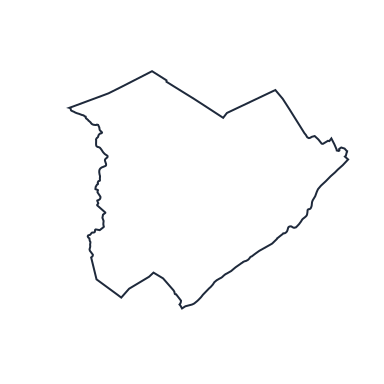 Cenad, Timis, Romania (Albers equal-area conic projection), rotated 106°
{"feature_id": "2599482B67107815757127", "entity_name": "Cenad", "entity_type": "district", "adm_level": 2, "iso_a3": "ROU", "parent_name": "Romania", "parent_adm1": "Timis", "projection": "albers", "projection_center": [20.55, 46.131], "detail": "fine", "context": "isolated", "style": "outline", "palette": "slate", "viewbox_px": 384, "rotation_deg": 106, "n_neighbors": 0, "source": "geoboundaries", "source_scale": "gbopen_adm2", "svg_char_len": 5094}
<svg xmlns="http://www.w3.org/2000/svg" viewBox="0 0 384 384"><g transform="rotate(106 192 192)"><path d="M306.7,169.5L303.7,166.9L300.2,161.0L299.1,159.7L298.5,159.1L295.5,157.0L294.0,156.1L290.8,154.4L289.1,153.7L287.8,153.2L281.6,149.9L279.9,149.0L278.2,147.9L275.3,146.5L274.7,146.3L272.4,145.6L271.8,145.1L271.4,144.9L270.3,144.1L270.0,144.0L269.6,143.5L268.5,142.5L267.3,141.3L266.6,140.5L265.4,139.5L263.8,138.6L261.8,137.2L260.8,136.1L257.1,132.5L256.0,131.8L253.9,130.4L252.3,129.3L249.1,126.7L247.4,125.3L247.0,125.1L245.8,123.9L245.4,123.8L244.2,122.5L243.4,121.1L242.9,120.6L242.5,120.2L242.2,119.8L241.8,119.5L240.4,118.7L239.6,118.4L238.7,118.1L238.0,117.6L237.3,116.7L236.6,116.2L235.1,115.1L233.4,113.8L230.0,111.1L219.8,101.0L219.1,100.5L213.7,97.4L213.1,97.4L212.8,97.1L209.8,95.0L207.2,93.1L206.6,92.9L206.5,92.5L206.1,91.5L205.9,91.3L205.5,90.9L204.7,90.3L203.8,89.9L202.8,89.7L201.7,89.7L200.7,89.7L199.9,89.7L199.3,89.6L199.0,89.4L198.7,89.2L198.5,88.9L198.1,88.4L197.9,88.0L197.8,87.4L197.7,86.9L198.0,86.1L198.1,85.7L198.2,85.2L198.3,84.7L198.3,84.3L198.2,83.8L197.9,83.4L197.7,83.1L197.5,82.8L197.5,82.5L196.8,82.0L194.9,81.0L193.1,80.1L192.2,79.8L190.4,79.1L188.5,78.6L187.5,78.2L186.1,77.2L185.3,76.6L184.5,76.1L183.7,75.6L182.9,75.3L181.9,75.2L181.0,75.3L180.2,75.4L179.4,75.5L178.5,75.7L177.6,75.9L176.5,75.4L176.3,74.8L176.1,74.4L175.8,74.0L175.1,73.5L174.2,73.3L173.2,73.2L172.2,73.2L168.7,73.8L166.8,73.7L166.1,73.5L162.1,72.4L157.5,72.1L155.4,71.8L154.4,71.6L150.4,69.8L144.8,66.4L138.7,63.1L133.7,59.9L130.2,58.0L124.7,54.5L117.7,50.9L115.8,54.8L114.7,54.1L111.4,54.2L110.7,54.0L110.2,54.1L110.3,54.4L109.9,54.6L108.2,57.3L108.1,60.6L108.1,60.8L110.0,62.4L110.3,62.4L110.9,62.0L111.2,61.8L111.5,61.8L111.8,62.0L112.1,62.3L112.2,64.3L111.5,64.6L110.8,65.1L106.9,68.3L102.1,72.8L105.2,74.0L105.3,74.1L105.3,75.4L109.6,79.4L109.8,80.2L109.7,80.6L109.7,80.8L106.8,84.8L106.3,85.7L104.4,89.5L105.9,92.0L106.3,92.5L107.0,92.9L107.3,93.3L107.9,94.3L108.0,94.7L107.6,96.3L106.7,97.3L105.8,98.2L104.5,100.1L98.2,107.1L92.2,113.8L85.8,120.9L77.4,130.5L71.0,140.0L106.3,180.1L106.6,180.3L112.1,182.5L108.0,195.8L101.9,215.8L98.1,229.3L93.1,246.9L91.7,247.3L86.9,263.7L110.3,288.7L120.2,299.5L124.2,304.9L133.9,318.1L144.1,332.0L144.9,333.1L144.9,332.7L145.1,332.2L145.4,331.6L145.7,331.5L146.4,331.1L146.8,330.8L147.1,330.2L147.5,327.2L147.8,326.2L148.0,324.1L148.0,322.3L148.3,318.9L148.2,317.9L148.3,317.1L148.6,316.5L148.9,316.0L148.9,315.8L148.8,315.1L149.1,314.8L149.8,314.6L150.3,314.3L150.5,314.0L150.6,313.5L150.9,313.0L151.4,311.8L152.0,311.1L152.1,310.7L152.4,310.0L152.9,309.0L153.2,308.5L153.6,308.1L153.7,307.8L154.1,307.3L154.4,306.4L154.5,305.1L154.2,303.2L153.9,302.4L153.5,302.1L153.4,301.6L153.4,301.2L153.4,300.7L153.8,300.4L155.5,298.9L156.2,298.6L157.1,298.2L157.6,297.9L157.9,297.7L158.2,297.3L159.2,295.4L159.4,295.1L159.6,294.9L159.9,294.9L160.3,295.1L160.6,295.4L160.8,295.9L161.0,296.1L161.3,296.6L161.7,296.8L162.3,297.2L162.9,297.4L163.3,297.5L165.0,297.5L165.4,297.7L165.9,298.0L166.4,298.4L167.2,298.6L167.6,298.7L167.8,298.7L168.2,298.7L168.7,298.4L172.5,297.4L173.7,296.9L174.1,296.6L174.3,296.3L174.5,295.9L174.7,295.1L174.6,294.3L174.7,293.3L174.8,292.9L174.9,292.6L176.1,290.9L178.2,288.5L179.5,286.4L180.5,283.3L180.9,283.0L181.3,282.9L181.7,282.9L182.0,282.9L183.0,283.6L183.9,284.2L184.7,284.5L185.0,284.5L185.6,284.4L185.9,284.3L188.8,282.3L189.1,282.2L189.5,282.1L189.9,282.0L190.3,282.1L190.6,282.2L190.9,282.5L192.8,284.9L193.3,285.6L194.5,286.5L194.9,286.7L195.8,287.0L196.5,287.0L197.0,287.0L197.9,286.8L198.6,286.6L199.5,286.2L200.8,285.6L201.7,285.0L202.4,284.7L203.3,284.5L204.0,284.4L206.2,283.7L206.4,283.7L206.7,283.9L207.3,284.8L207.5,285.0L208.0,285.1L208.3,285.1L208.8,285.2L209.4,285.0L210.0,284.6L210.3,284.6L210.5,284.7L211.2,285.4L213.6,286.0L215.7,285.7L215.9,285.6L216.0,283.2L216.2,282.9L216.4,282.9L217.8,282.9L218.2,282.8L218.4,282.7L221.7,278.8L222.0,278.7L222.4,278.5L222.7,278.5L223.1,278.4L223.6,278.5L223.9,278.5L224.2,278.6L224.4,278.7L224.8,279.0L225.0,279.1L226.3,280.7L226.5,280.7L228.4,279.2L228.7,279.0L228.9,279.0L230.5,279.6L230.8,279.5L231.0,279.4L235.6,269.7L235.9,269.6L236.0,269.6L238.3,271.3L241.5,271.0L244.2,269.0L247.3,268.4L249.4,267.4L249.6,267.2L249.9,267.2L250.1,267.3L251.9,268.6L254.1,270.2L254.1,270.3L254.5,274.2L254.8,274.5L255.2,274.7L257.0,274.4L257.6,274.7L257.9,275.1L258.1,275.4L258.1,275.6L258.2,275.9L258.4,276.5L258.6,276.9L259.0,277.2L261.2,278.1L262.3,279.8L262.6,279.9L262.9,280.0L263.3,280.0L263.6,279.9L264.3,279.2L264.6,278.6L264.9,277.8L265.7,277.5L266.4,277.2L266.9,276.9L267.5,276.5L267.9,276.0L268.3,275.8L270.9,275.4L272.0,274.9L273.3,274.7L275.3,274.7L276.6,274.0L279.6,270.0L280.0,269.9L281.0,269.9L281.5,270.1L282.0,270.4L282.7,270.9L302.3,259.7L311.3,235.3L313.0,230.9L302.3,225.8L285.3,209.9L280.1,206.8L283.0,196.0L291.6,182.7L292.7,181.5L293.7,181.0L294.7,180.4L294.9,179.6L294.7,179.1L299.5,172.6L300.1,172.5L300.7,172.4L301.8,172.4L302.5,172.6L302.9,172.7L303.6,173.0L304.4,171.8L306.7,169.5Z" fill="none" stroke="#1e293b" stroke-width="2"/></g></svg>